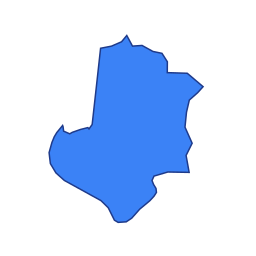 the District of Leposavić, rotated 246°
{"feature_id": "KOS-5893", "entity_name": "Leposavić", "entity_type": "District", "adm_level": 1, "iso_a3": "XKX", "parent_name": "Kosovo", "parent_adm1": "", "projection": "albers", "projection_center": [20.786, 43.117], "detail": "fine", "context": "isolated", "style": "filled", "palette": "blue", "viewbox_px": 256, "rotation_deg": 246, "n_neighbors": 0, "source": "natural_earth", "source_scale": "10m", "svg_char_len": 765}
<svg xmlns="http://www.w3.org/2000/svg" viewBox="0 0 256 256"><g transform="rotate(246 128 128)"><path d="M127.0,42.6L133.5,44.6L137.6,45.9L145.7,52.6L150.0,57.1L152.8,61.1L156.9,69.3L155.6,69.2L151.3,67.9L146.4,72.4L146.7,75.4L146.0,83.9L144.7,91.5L143.0,92.0L145.8,96.7L177.4,115.2L212.0,135.4L209.5,146.2L209.4,157.2L213.0,164.5L201.0,165.4L197.7,174.4L187.8,181.9L182.4,189.4L172.5,190.9L162.6,186.4L153.9,204.4L135.2,213.4L131.9,205.9L128.6,195.4L118.7,187.9L105.6,180.4L88.0,180.4L79.3,169.9L62.6,165.8L71.6,146.5L73.5,132.2L70.3,128.6L66.0,128.4L61.4,129.0L57.6,127.8L55.1,124.0L52.7,118.4L49.1,105.7L44.1,94.7L43.0,88.2L45.8,80.6L49.3,78.1L63.2,77.5L72.6,73.8L106.0,48.5L116.3,43.9L127.0,42.6Z" fill="#3b82f6" stroke="#1e3a8a" stroke-width="1.5"/></g></svg>